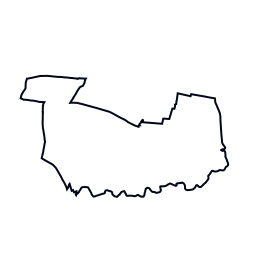 outline of Cuautlancingo, Puebla, Mexico, rotated 71°
{"feature_id": "50627088B22654008154973", "entity_name": "Cuautlancingo", "entity_type": "district", "adm_level": 2, "iso_a3": "MEX", "parent_name": "Mexico", "parent_adm1": "Puebla", "projection": "albers", "projection_center": [-98.25, 19.119], "detail": "fine", "context": "isolated", "style": "outline", "palette": "ink", "viewbox_px": 256, "rotation_deg": 71, "n_neighbors": 0, "source": "geoboundaries", "source_scale": "gbopen_adm2", "svg_char_len": 5825}
<svg xmlns="http://www.w3.org/2000/svg" viewBox="0 0 256 256"><g transform="rotate(71 128 128)"><path d="M170.2,43.2L162.6,41.3L150.5,38.0L147.2,36.9L144.2,36.4L141.4,36.4L138.7,36.6L134.5,36.9L132.8,37.1L131.8,37.0L130.7,36.8L129.5,36.4L128.2,36.2L127.8,37.1L126.1,40.2L125.4,41.5L123.6,44.5L120.6,50.0L116.6,57.2L118.3,58.5L117.8,59.3L114.8,64.2L112.3,68.2L111.4,69.7L117.7,72.9L118.6,73.6L119.0,73.7L119.5,73.9L120.3,74.3L121.1,74.7L121.1,75.7L121.3,76.0L122.1,76.3L122.9,76.5L124.9,77.9L124.1,79.7L130.6,84.4L132.9,86.0L130.6,91.6L133.4,93.3L135.1,94.4L127.3,112.3L127.1,112.1L126.8,111.9L126.4,111.7L125.4,111.2L125.0,111.1L124.7,110.7L125.6,112.5L126.0,113.1L127.1,114.2L127.5,114.8L127.8,115.3L128.1,116.0L128.3,116.2L128.7,116.2L129.1,116.1L129.0,116.3L129.0,116.5L129.1,116.9L129.2,117.1L130.3,117.6L128.2,120.4L124.3,124.3L122.4,126.1L119.7,127.9L118.0,129.5L116.7,130.9L113.0,134.4L110.7,136.4L108.2,138.7L106.9,140.0L106.2,140.9L98.6,151.6L96.3,155.0L90.9,162.9L88.8,166.2L87.8,167.7L86.5,171.0L86.1,172.1L85.7,173.3L85.5,173.9L85.4,174.4L84.3,173.2L81.8,169.8L81.3,169.7L80.6,168.6L78.9,166.4L78.1,165.5L77.0,164.4L75.6,162.7L75.0,161.9L74.5,161.1L74.0,160.5L73.7,160.0L73.5,158.5L73.5,157.1L73.1,156.5L71.4,154.7L70.4,154.0L69.2,153.3L67.9,152.2L67.6,151.8L64.8,158.8L65.2,159.3L65.1,159.6L65.0,160.0L64.7,160.4L64.5,160.5L62.6,164.5L62.0,166.0L60.5,169.0L59.4,171.7L57.9,174.7L57.0,177.4L53.8,184.3L52.7,186.7L52.0,188.6L50.6,193.0L50.3,193.6L50.3,193.8L50.1,195.1L49.9,197.0L49.8,197.6L49.7,198.4L49.6,199.1L49.5,200.3L49.4,201.4L49.2,202.8L48.5,207.5L50.5,209.0L51.3,209.6L52.5,210.2L56.7,211.8L57.4,212.2L57.7,212.6L60.1,215.8L60.7,216.5L62.1,218.0L64.9,219.8L66.2,218.5L67.2,217.5L67.7,216.1L69.0,213.4L70.4,210.9L71.3,208.6L74.0,204.0L74.4,203.5L76.3,198.7L77.5,200.1L78.7,200.8L79.5,201.3L84.6,203.2L84.8,203.4L85.0,203.2L89.1,204.8L90.5,205.2L95.7,207.2L99.7,208.3L106.9,209.5L114.5,211.1L115.2,211.7L117.6,213.0L124.0,216.6L128.5,219.5L133.5,215.2L134.7,214.1L135.7,213.2L136.9,212.1L138.5,210.9L140.8,209.8L142.9,209.0L151.5,207.3L154.1,206.9L154.8,206.9L158.9,206.1L161.9,205.7L163.3,205.5L166.1,205.6L165.3,204.6L164.5,203.7L162.7,202.4L162.1,201.9L161.8,201.4L164.3,201.5L169.1,201.7L169.0,200.8L168.8,200.2L171.2,200.0L171.0,197.3L171.9,197.4L172.6,197.6L172.7,198.0L172.8,197.9L174.1,199.1L174.5,199.0L174.2,198.8L174.0,198.3L173.2,196.3L172.6,195.3L172.3,194.9L171.7,194.4L171.3,193.8L170.8,193.1L169.7,191.9L169.2,191.0L169.1,190.2L169.6,188.6L170.6,185.9L171.1,185.2L171.5,185.0L172.1,184.9L172.9,184.8L175.9,184.2L177.0,184.0L179.0,183.9L180.2,183.6L180.8,183.4L181.3,183.2L181.5,183.0L181.7,182.5L181.8,182.0L181.9,181.4L181.8,180.7L181.8,180.1L181.8,179.2L181.9,178.0L181.9,177.0L181.9,176.2L181.9,175.4L181.9,173.9L182.0,172.9L182.1,171.7L182.0,171.2L181.4,170.8L180.5,170.2L180.0,169.8L179.8,169.1L180.0,168.5L180.1,167.9L180.6,167.2L181.1,166.6L181.7,166.0L182.1,165.1L182.6,164.6L183.0,164.2L183.3,164.1L183.7,164.0L184.7,164.2L185.1,164.3L185.6,164.3L186.0,164.1L186.6,163.8L187.3,163.5L187.8,163.1L188.0,163.0L188.5,162.5L188.7,162.1L189.1,161.3L189.3,161.2L189.5,160.8L189.5,160.6L189.3,160.2L189.0,159.6L188.9,159.4L188.7,159.2L188.4,158.5L188.3,157.8L188.3,157.7L188.1,157.5L187.9,157.2L187.6,157.0L187.2,156.2L186.9,155.8L186.7,155.5L186.4,155.1L186.3,154.4L186.3,154.1L186.4,153.0L186.4,152.8L186.4,152.4L186.5,152.1L187.2,151.9L188.4,151.8L189.5,151.5L190.1,151.4L190.9,151.5L191.5,151.3L191.8,151.0L192.1,150.3L192.3,149.1L192.5,148.6L192.8,147.6L193.1,147.0L193.4,146.2L193.8,145.4L194.6,144.0L194.7,143.7L194.8,143.1L194.8,142.4L194.5,141.7L194.5,140.9L194.6,140.2L194.8,140.0L196.0,139.1L196.5,138.6L196.7,138.4L197.2,137.9L197.4,137.6L197.5,137.2L197.5,136.8L197.6,136.5L197.8,136.3L197.9,135.8L197.9,135.6L197.6,135.2L196.5,134.2L196.0,133.9L195.2,133.6L194.5,133.1L194.0,132.7L193.6,132.4L192.4,131.8L191.7,131.2L191.2,130.8L191.1,130.4L191.1,129.9L190.9,129.7L190.8,129.3L190.9,128.9L191.2,128.5L191.6,127.8L192.2,127.4L192.5,127.2L192.9,127.1L193.6,127.0L195.0,126.5L195.6,126.2L196.3,125.7L196.6,125.1L196.7,124.8L196.9,124.4L197.1,124.2L197.2,123.7L197.6,123.2L198.1,122.9L198.5,122.5L198.6,122.0L198.7,121.5L198.9,119.7L198.9,119.0L198.8,118.6L198.5,118.0L198.1,117.6L197.9,117.4L197.2,117.2L196.6,117.0L195.4,117.0L194.4,116.8L193.8,116.5L193.9,115.5L194.3,114.8L194.6,113.6L194.9,112.3L195.0,111.0L194.8,109.9L194.7,109.4L194.5,108.9L194.3,107.7L194.3,107.4L194.2,107.0L194.2,106.1L194.4,105.8L195.1,105.2L196.1,104.1L196.5,103.7L197.2,102.9L197.8,102.1L198.1,101.9L198.3,101.7L198.2,101.0L197.8,100.6L197.6,100.5L196.8,100.5L196.6,100.3L196.5,100.2L196.4,99.9L196.4,99.2L196.6,98.6L196.8,97.6L196.9,96.6L197.1,96.1L197.1,95.7L197.3,95.5L197.3,95.0L197.3,94.6L197.3,94.4L197.5,94.2L197.8,94.0L198.1,93.7L198.5,93.4L200.2,92.9L200.7,92.9L201.6,93.1L203.2,93.6L203.9,93.7L204.4,93.6L204.9,93.5L205.2,93.2L205.5,92.9L205.8,92.7L206.0,92.3L206.6,90.2L207.2,86.9L206.8,85.5L206.5,84.7L205.8,83.6L204.8,82.7L204.4,81.8L204.5,81.3L205.0,80.9L206.3,80.3L206.8,80.0L207.2,79.4L207.5,78.6L207.4,78.2L207.2,77.7L206.5,76.0L206.0,74.9L205.4,73.9L205.0,72.4L202.6,68.9L201.9,68.3L200.3,67.9L199.5,67.8L199.3,67.6L198.7,66.5L198.3,65.8L197.5,64.7L196.0,62.9L195.9,62.4L195.9,62.2L196.4,61.5L197.3,60.3L197.6,59.7L198.0,57.3L197.8,55.9L197.6,55.1L197.8,54.6L198.1,53.8L198.7,52.9L198.9,52.3L199.1,51.4L198.9,50.6L198.3,49.8L197.5,49.0L196.7,48.2L196.5,46.8L195.8,45.7L195.2,45.2L194.5,45.0L193.5,44.9L191.9,45.0L189.9,45.0L188.1,45.1L186.9,45.3L186.1,45.0L185.6,44.7L183.7,44.2L182.3,44.0L181.6,44.0L180.9,44.3L180.6,44.8L180.5,45.8L180.2,46.2L179.8,46.7L179.4,47.0L179.2,47.1L179.0,46.9L179.0,46.7L179.1,46.3L179.0,45.5L179.2,43.9L179.0,43.1L178.5,42.6L177.9,42.5L177.1,42.7L175.5,43.2L173.9,43.7L172.5,43.7L170.2,43.2Z" fill="none" stroke="#020617" stroke-width="2"/></g></svg>